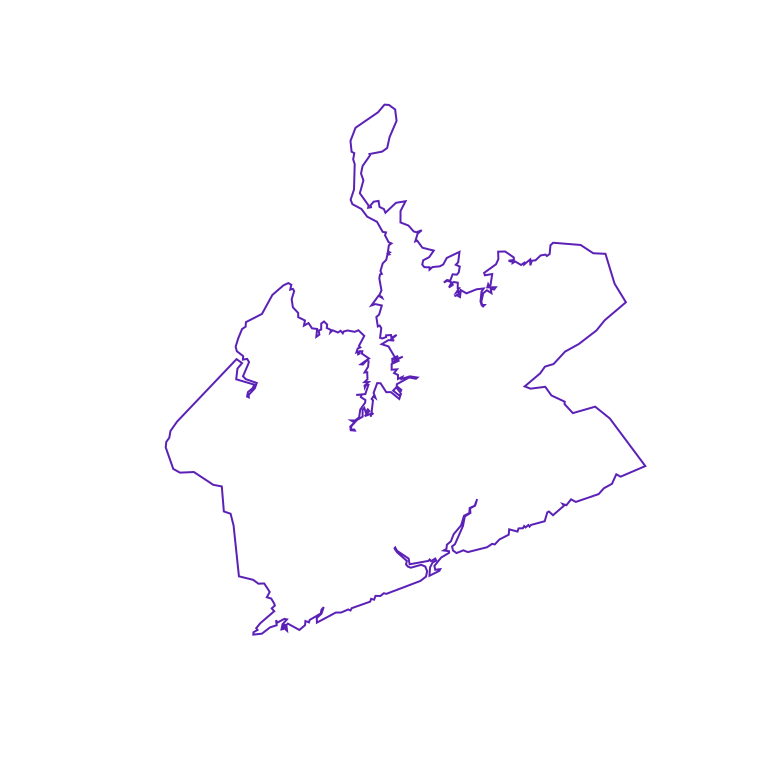 Chake Chake, Kusini-Pemba, United Republic of Tanzania (Equal Earth projection), rotated 53°
{"feature_id": "72390352B74660811526984", "entity_name": "Chake Chake", "entity_type": "district", "adm_level": 2, "iso_a3": "TZA", "parent_name": "United Republic of Tanzania", "parent_adm1": "Kusini-Pemba", "projection": "equal_earth", "projection_center": [39.751, -5.247], "detail": "fine", "context": "isolated", "style": "outline", "palette": "violet", "viewbox_px": 768, "rotation_deg": 53, "n_neighbors": 0, "source": "geoboundaries", "source_scale": "gbopen_adm2", "svg_char_len": 6165}
<svg xmlns="http://www.w3.org/2000/svg" viewBox="0 0 768 768"><g transform="rotate(53 384 384)"><path d="M373.0,163.9L373.4,167.6L379.9,173.5L379.8,176.9L377.9,177.1L375.6,181.5L376.4,188.6L374.5,191.7L377.3,195.7L372.5,192.3L372.9,200.1L371.6,199.1L371.4,202.9L365.1,205.5L364.8,208.6L363.0,207.1L362.5,209.0L360.5,210.3L363.1,205.6L361.0,204.2L351.1,207.5L347.0,213.2L353.1,217.5L355.8,222.5L355.5,237.2L357.9,238.0L361.3,231.4L369.1,239.4L369.3,241.1L367.0,240.7L369.0,243.3L374.0,236.5L374.8,239.3L372.1,241.4L376.1,243.5L371.1,245.4L371.2,250.1L376.9,256.8L380.1,258.0L381.4,256.2L381.7,258.2L380.0,258.6L376.2,257.3L368.8,250.4L367.7,246.9L364.1,253.0L361.2,263.6L355.3,266.1L360.3,271.0L357.0,272.4L356.3,274.9L357.2,269.8L355.0,268.6L354.5,271.4L352.7,266.3L351.7,267.4L347.5,264.1L344.5,267.0L344.6,269.5L346.2,269.5L346.0,274.0L343.5,268.8L339.7,271.2L338.9,275.1L338.9,271.0L341.4,269.0L337.7,263.2L340.5,260.0L339.8,257.1L335.8,252.8L332.0,254.9L331.4,251.5L323.9,244.2L321.1,258.0L324.2,264.8L323.6,268.6L319.8,274.9L320.1,278.8L318.2,277.4L315.0,281.5L311.6,281.6L308.8,278.2L309.9,271.5L307.4,264.0L298.3,271.3L289.5,271.2L288.9,273.2L284.2,266.7L283.9,261.3L282.4,266.7L280.0,268.5L272.2,269.1L264.9,273.6L255.8,266.7L251.0,256.8L246.5,265.4L248.1,279.8L244.2,278.8L239.9,281.0L234.5,278.2L232.2,282.5L233.2,287.2L235.0,288.0L233.7,290.6L232.2,288.9L217.1,288.5L209.0,277.9L202.1,275.7L197.0,269.9L193.0,257.6L191.6,257.2L197.3,245.6L197.4,239.4L190.2,231.0L181.4,215.6L171.5,209.9L164.1,212.1L161.2,215.5L163.4,225.2L162.2,252.5L169.7,264.5L179.0,270.1L181.8,268.8L186.0,273.4L190.8,275.1L210.6,290.9L216.8,299.8L221.4,301.0L230.6,296.7L240.3,296.7L250.3,292.0L261.7,293.5L264.1,291.2L265.9,293.7L273.5,295.0L276.2,293.5L276.1,296.6L280.5,301.0L282.3,300.2L281.8,302.4L283.6,301.9L282.8,303.5L286.2,307.5L286.9,312.4L291.6,318.8L294.8,319.5L294.1,321.2L296.7,324.1L307.7,329.7L310.4,334.5L313.3,333.4L314.2,333.6L310.2,335.2L313.7,346.8L315.0,342.8L320.0,338.5L325.6,346.1L325.9,349.8L334.3,354.3L334.7,352.3L337.7,352.5L344.7,359.3L346.6,358.0L347.8,354.1L346.4,353.0L349.2,348.9L351.6,350.3L352.4,344.3L352.7,351.1L355.4,349.8L351.6,354.1L350.8,361.9L356.7,357.8L369.2,359.2L370.1,355.9L370.2,358.9L371.7,359.2L373.5,352.5L371.7,361.4L369.3,360.2L368.8,362.2L371.8,364.2L374.5,357.5L372.6,365.8L377.2,369.3L380.1,364.8L381.3,369.4L385.2,367.4L388.4,369.8L389.4,365.0L390.5,366.9L393.5,358.7L398.9,353.4L399.0,355.4L393.9,360.0L391.9,373.8L393.4,375.2L399.1,373.7L400.5,376.1L394.1,376.2L394.8,380.7L401.7,378.9L402.4,376.9L405.1,380.8L394.6,383.4L391.9,387.1L381.4,386.3L379.2,388.9L384.9,397.7L390.0,399.2L387.5,399.9L388.6,402.9L390.4,402.6L399.3,411.1L401.7,410.7L400.1,411.9L402.2,414.3L399.9,412.3L398.1,418.7L396.8,412.0L394.5,412.2L395.6,415.6L391.2,414.1L391.7,416.6L397.2,420.7L396.5,427.5L398.1,435.7L400.6,437.7L402.5,435.1L403.7,435.3L400.9,438.4L397.7,436.5L397.0,430.7L393.3,432.2L395.7,429.1L395.7,424.0L390.1,418.3L387.5,410.2L385.6,408.5L380.5,410.4L379.1,408.3L376.0,412.8L380.8,405.0L375.4,397.1L373.9,399.3L375.1,401.3L373.6,400.5L373.2,395.1L370.7,398.4L370.3,394.4L364.5,390.3L363.1,392.6L360.7,386.4L356.6,382.6L354.8,383.3L355.7,389.2L354.3,390.7L354.6,380.6L346.4,383.4L344.8,381.6L343.3,383.5L345.0,385.3L344.7,386.8L342.5,385.5L342.1,387.0L339.8,383.6L340.5,380.9L338.5,381.1L333.7,370.8L325.7,372.1L324.7,376.0L319.3,380.9L317.8,384.6L318.7,386.4L315.4,386.6L315.1,389.8L310.2,392.7L310.5,395.7L309.0,393.8L304.8,396.0L302.3,393.6L298.0,394.3L298.0,397.8L302.7,401.4L302.0,404.0L305.7,405.9L305.6,409.7L299.8,404.3L296.2,408.0L289.9,407.6L289.2,412.8L285.7,408.9L279.0,412.3L275.6,409.8L267.9,410.6L260.7,406.7L255.7,399.8L253.2,399.5L252.2,402.1L249.0,398.3L245.8,399.7L244.7,404.9L245.7,419.6L254.6,439.3L251.5,457.0L254.9,460.0L254.7,464.3L259.9,473.1L264.9,480.0L269.2,481.8L277.0,479.7L279.6,482.0L281.6,478.2L285.3,478.6L293.0,492.0L296.9,491.5L306.6,485.0L309.7,489.8L311.3,498.7L313.3,500.0L311.6,500.9L308.6,497.5L308.3,491.2L306.4,488.0L291.3,499.2L283.5,491.8L281.9,484.8L275.4,486.8L289.5,571.9L293.0,582.8L297.7,587.8L299.2,592.7L303.3,596.5L325.0,603.4L332.0,600.3L339.9,588.8L361.8,581.0L368.2,575.2L389.4,588.6L395.3,584.6L406.5,589.3L450.3,615.6L461.7,606.3L467.9,604.5L471.2,599.7L481.3,600.4L483.8,605.9L487.5,603.2L493.1,603.8L495.3,604.5L495.6,608.7L499.4,608.4L500.6,626.8L502.1,633.0L504.3,633.0L503.7,637.7L505.5,639.2L509.9,631.8L509.8,621.4L512.1,614.9L507.7,612.4L510.4,612.6L511.6,605.0L513.6,603.2L514.8,609.6L518.3,613.6L519.0,612.1L515.5,609.2L516.9,607.8L519.3,610.5L522.7,609.9L517.8,607.1L517.5,605.0L529.5,599.6L529.1,592.2L526.0,589.4L529.2,587.4L527.7,585.3L529.2,572.6L526.7,569.9L525.9,566.4L529.8,572.2L530.4,578.5L534.2,581.2L537.5,560.0L540.7,555.8L542.5,548.3L544.7,547.1L543.6,544.7L549.5,526.0L547.8,523.6L550.3,521.7L548.1,518.3L551.1,514.5L551.0,510.1L553.0,508.4L563.2,473.4L563.1,466.4L559.5,462.2L554.6,460.9L550.8,463.1L546.8,473.2L544.2,474.8L541.4,475.0L539.0,472.2L526.5,474.8L522.3,474.7L521.5,474.4L521.3,473.4L525.0,474.0L538.2,469.4L543.4,472.0L552.1,454.8L551.6,453.2L553.7,453.0L554.3,448.1L556.4,448.6L555.8,452.6L558.2,457.6L564.5,463.1L566.5,452.2L565.7,450.5L563.2,454.9L559.6,453.2L557.0,442.8L558.0,433.6L556.7,432.7L552.9,436.5L553.3,433.4L550.2,430.5L549.9,425.3L545.9,418.8L543.3,407.5L537.4,399.4L538.4,393.5L534.6,390.2L535.8,384.9L532.0,378.9L536.0,384.5L535.1,390.1L539.0,392.6L538.4,399.1L545.0,406.5L554.6,423.7L554.7,427.4L558.5,429.1L562.7,427.8L564.6,420.7L568.7,418.2L576.4,399.9L576.7,393.9L578.8,392.0L577.6,385.4L579.4,375.1L575.4,371.5L582.2,366.2L580.3,363.4L582.8,359.9L581.8,357.5L583.8,357.2L583.5,353.6L585.5,353.6L585.0,351.5L590.3,338.3L584.8,330.8L585.1,329.0L590.5,328.0L589.5,313.5L587.4,313.5L590.6,311.3L588.7,304.0L593.6,301.8L601.1,278.8L599.6,271.2L600.9,262.0L595.9,252.8L600.4,250.8L606.8,224.7L547.4,224.4L529.2,229.0L520.9,250.7L508.7,251.9L506.9,250.3L493.9,257.2L483.3,256.9L475.9,269.8L470.6,273.1L469.5,253.0L467.0,245.0L470.1,236.5L467.1,219.9L469.3,204.4L469.1,182.1L465.9,169.3L464.3,141.6L442.7,139.5L413.3,128.8L405.5,138.2L391.3,143.3L373.0,163.9Z" fill="none" stroke="#5b21b6" stroke-width="2"/></g></svg>